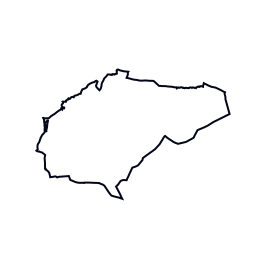 outline of Sauherad nor, Telemark, Norway, rotated 35°
{"feature_id": "86288312B68801046194280", "entity_name": "Sauherad nor", "entity_type": "district", "adm_level": 2, "iso_a3": "NOR", "parent_name": "Norway", "parent_adm1": "Telemark", "projection": "mercator", "projection_center": [9.241, 59.441], "detail": "fine", "context": "isolated", "style": "outline", "palette": "ink", "viewbox_px": 256, "rotation_deg": 35, "n_neighbors": 0, "source": "geoboundaries", "source_scale": "gbopen_adm2", "svg_char_len": 5303}
<svg xmlns="http://www.w3.org/2000/svg" viewBox="0 0 256 256"><g transform="rotate(35 128 128)"><path d="M187.0,43.1L184.7,43.5L182.3,43.7L178.1,44.4L176.2,44.8L173.0,46.3L170.1,47.0L164.4,47.8L164.8,48.9L165.0,49.6L165.4,50.4L165.8,51.2L165.4,51.3L165.1,51.2L164.2,51.6L163.9,51.8L163.7,52.3L163.2,52.4L162.9,52.7L162.8,52.9L162.8,53.5L162.4,53.7L162.0,53.6L161.8,53.7L161.7,54.0L161.4,54.2L161.3,54.6L160.8,55.5L160.8,55.9L160.6,55.8L160.3,56.1L160.2,56.2L160.2,56.5L159.6,57.0L159.2,57.0L158.5,57.3L158.0,57.5L157.8,57.6L157.6,58.1L157.4,58.4L157.0,58.6L156.4,58.6L155.9,58.9L155.4,59.4L155.4,59.7L155.3,60.0L154.6,60.5L154.5,60.8L154.2,60.9L154.0,61.1L153.5,61.2L152.6,61.9L152.2,62.2L151.9,62.2L151.8,62.4L151.7,62.7L151.5,63.0L150.4,63.2L150.3,63.5L150.1,63.7L149.4,63.6L148.9,63.9L148.6,63.9L148.4,64.0L148.0,64.3L147.8,64.7L147.5,64.9L147.3,65.3L146.7,65.8L146.2,65.7L146.1,65.8L146.0,66.2L145.6,66.4L145.5,66.6L145.3,67.0L145.2,67.5L144.5,67.1L144.3,66.9L143.3,67.7L143.0,67.9L141.8,68.4L141.3,68.5L140.9,68.8L139.1,69.7L138.4,70.3L137.8,70.5L137.5,70.7L136.3,71.4L135.0,72.0L133.9,72.8L133.2,73.2L131.6,74.3L130.0,75.1L129.6,75.5L129.1,75.7L122.5,74.8L121.7,74.9L118.5,77.0L115.1,79.0L113.7,80.1L111.9,81.5L110.9,82.1L109.6,82.8L109.4,83.0L108.2,83.3L104.5,85.3L103.4,85.6L103.1,85.8L102.3,86.0L100.3,86.8L99.1,87.2L98.7,87.5L98.1,87.7L97.3,84.4L96.2,82.9L96.0,81.7L92.3,83.8L91.0,84.4L90.4,84.6L89.9,84.8L88.3,85.4L86.5,85.7L86.3,85.9L86.1,86.0L85.8,86.3L85.7,86.7L85.8,86.8L85.9,87.1L85.7,87.3L85.8,87.6L86.2,87.8L86.5,88.1L86.5,88.3L86.6,88.5L87.1,89.3L87.6,89.6L87.7,89.9L87.6,90.0L87.4,90.2L87.3,90.3L87.1,90.4L86.9,90.7L86.9,90.8L86.7,91.0L86.6,91.3L86.4,91.5L86.4,91.8L85.9,91.8L85.8,92.0L85.6,92.1L85.3,92.2L85.3,92.3L84.5,92.7L84.4,92.9L84.5,93.0L84.2,93.2L84.0,93.4L84.4,93.7L84.4,93.8L83.6,94.2L82.1,94.8L80.6,95.9L80.7,96.4L80.7,97.2L80.6,98.2L80.5,98.6L80.1,101.1L80.5,102.9L80.9,106.3L81.3,107.3L81.9,108.3L82.4,109.3L82.5,109.8L82.9,110.8L83.1,112.1L83.0,113.4L81.8,113.3L78.6,112.5L77.4,111.5L77.1,110.0L76.4,107.4L75.0,107.4L74.6,108.0L74.4,108.4L74.3,108.7L74.3,109.0L74.3,109.3L74.1,109.7L73.4,110.4L72.4,111.7L71.4,113.6L70.9,114.9L70.8,115.4L70.6,115.6L70.6,115.9L70.7,116.9L70.6,117.1L70.7,117.3L70.6,117.6L70.9,118.1L70.9,118.4L70.8,118.6L70.5,119.1L70.3,119.8L69.5,121.1L68.8,122.1L68.4,122.7L68.7,123.4L68.7,124.4L69.2,126.2L69.6,127.1L68.5,127.9L68.2,129.0L67.8,129.6L67.4,130.3L65.9,132.0L65.9,132.3L65.7,132.6L65.8,132.9L65.9,133.3L65.9,133.7L65.9,134.0L65.6,134.1L65.2,133.9L65.0,134.0L64.2,135.0L63.9,135.2L63.6,137.6L63.1,137.7L62.6,137.6L62.2,137.8L62.2,138.1L62.2,138.3L62.3,138.9L62.4,139.0L62.5,139.1L62.4,139.2L62.2,139.3L62.1,139.5L62.0,139.9L61.7,140.4L61.7,140.7L61.6,140.9L61.5,141.1L61.6,141.3L61.9,141.4L61.9,141.7L62.1,141.9L62.1,142.1L61.8,142.4L61.3,142.4L60.3,143.4L60.1,143.5L59.6,143.6L59.5,143.9L60.1,143.9L60.1,144.0L60.3,144.4L60.6,145.0L60.6,145.4L60.5,145.6L60.3,146.4L60.4,147.1L60.7,147.5L60.8,147.7L61.6,148.2L62.1,148.4L62.9,148.3L63.6,147.9L64.0,147.8L64.2,148.0L64.4,148.5L63.6,148.9L63.4,149.2L63.3,149.5L63.5,150.2L62.0,149.6L61.9,149.8L62.0,150.2L62.2,150.4L62.5,151.2L62.5,151.3L62.5,151.5L62.2,151.8L61.9,152.4L61.5,153.3L61.4,153.6L60.9,154.9L60.1,157.5L59.7,158.9L59.3,159.7L58.8,160.6L58.7,161.1L58.5,161.9L58.0,162.7L58.0,163.0L57.9,163.6L57.5,165.4L54.9,167.4L53.6,168.1L53.1,168.1L52.8,168.4L53.9,169.0L55.0,169.9L55.8,171.1L56.9,172.2L56.9,171.9L56.9,171.7L57.0,171.1L57.4,169.9L57.6,168.8L57.6,168.3L57.8,168.2L58.1,167.8L58.3,167.9L59.4,170.6L60.3,172.2L61.2,173.7L62.1,176.0L62.5,176.9L63.0,177.5L62.9,177.7L62.6,177.8L62.3,177.8L62.2,177.7L61.8,177.3L61.8,177.2L61.3,176.0L60.8,175.7L60.7,175.5L60.3,175.0L59.3,174.1L58.7,173.3L58.4,172.5L57.5,172.7L58.0,173.7L59.2,174.9L59.5,175.3L60.8,177.5L61.5,178.1L61.9,178.9L62.1,179.3L62.1,180.3L61.7,183.2L62.0,184.8L62.0,185.8L62.3,186.7L62.5,187.4L62.9,188.9L63.3,190.2L63.4,191.2L63.4,192.0L63.5,193.3L64.7,195.6L65.2,196.0L66.3,197.3L66.0,199.1L67.4,199.0L69.2,198.0L69.7,198.1L71.4,197.4L74.7,197.5L75.6,197.6L76.1,198.6L76.9,200.4L77.9,201.6L78.5,202.4L78.9,202.8L79.9,204.1L80.7,205.0L80.8,205.3L81.1,205.7L81.5,206.2L81.6,206.6L82.5,207.5L82.7,208.0L82.9,208.2L83.0,208.5L83.3,208.6L83.4,208.8L84.0,208.8L84.0,209.0L84.2,209.3L86.4,209.2L88.4,209.6L89.1,209.9L90.4,211.0L90.7,211.2L92.5,212.9L93.3,212.1L94.4,211.2L95.9,209.6L96.3,209.3L96.7,209.1L97.8,209.2L98.3,209.1L98.6,208.5L98.9,208.3L99.3,207.7L107.1,201.3L110.5,203.6L115.6,202.5L117.7,201.8L120.1,200.5L121.5,199.4L123.6,198.1L123.5,197.8L127.5,195.0L131.5,192.5L134.8,190.3L135.2,190.2L136.2,189.5L137.5,189.5L139.7,188.8L141.7,188.8L149.7,191.9L153.2,192.9L155.9,192.0L160.3,190.3L163.8,189.3L160.9,187.7L160.4,187.3L159.9,187.0L151.8,182.8L152.1,181.3L152.4,179.5L152.3,179.0L152.3,176.0L152.7,174.9L154.1,173.2L156.8,171.6L156.3,169.5L156.2,168.4L155.4,164.3L154.6,159.7L154.3,158.0L156.3,155.3L157.7,152.8L158.2,145.8L157.4,144.1L162.3,129.9L163.2,123.2L162.8,116.3L162.7,115.8L162.7,115.1L162.7,114.1L162.8,113.6L163.0,113.2L166.1,113.5L173.9,113.3L178.0,112.3L179.2,111.0L183.2,106.5L184.1,105.1L184.7,103.7L186.3,100.6L187.3,98.4L186.8,95.2L186.2,89.8L189.7,84.3L191.8,80.7L194.5,74.2L203.2,58.3L191.3,48.5L189.9,46.6L187.4,44.5L187.0,43.1Z" fill="none" stroke="#020617" stroke-width="2"/></g></svg>